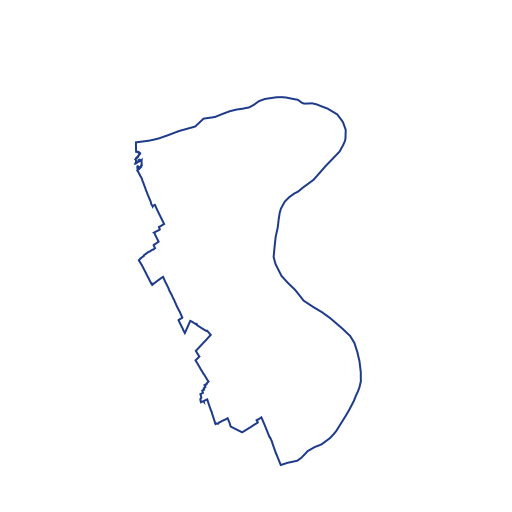 outline of Burila Mare, Mehedinti, Romania, rotated 123°
{"feature_id": "2599482B63119685447246", "entity_name": "Burila Mare", "entity_type": "district", "adm_level": 2, "iso_a3": "ROU", "parent_name": "Romania", "parent_adm1": "Mehedinti", "projection": "robinson", "projection_center": [22.586, 44.474], "detail": "fine", "context": "isolated", "style": "outline", "palette": "blue", "viewbox_px": 512, "rotation_deg": 123, "n_neighbors": 0, "source": "geoboundaries", "source_scale": "gbopen_adm2", "svg_char_len": 5891}
<svg xmlns="http://www.w3.org/2000/svg" viewBox="0 0 512 512"><g transform="rotate(123 256 256)"><path d="M321.0,351.6L321.3,351.4L321.5,351.4L322.4,351.8L322.6,351.8L323.3,352.0L323.5,351.7L324.0,350.7L325.0,348.5L325.6,347.4L325.6,347.2L329.2,340.9L330.1,339.3L332.3,335.6L332.5,335.1L333.8,332.9L334.7,331.4L335.0,330.9L336.2,328.7L335.8,328.5L336.8,327.2L336.6,327.1L335.9,327.1L335.1,326.8L330.0,325.0L324.1,322.6L324.6,321.7L325.1,321.0L327.4,317.6L328.0,316.4L328.4,315.6L329.5,313.9L330.2,312.6L331.4,310.9L332.4,309.5L332.7,309.0L333.0,308.3L334.0,306.6L334.7,305.2L335.4,304.2L336.0,303.4L337.0,301.6L337.2,301.3L337.6,300.5L338.3,299.5L338.5,299.3L339.0,298.6L339.2,298.2L339.3,297.9L340.8,295.8L341.0,295.4L341.2,295.0L341.7,294.4L342.0,293.7L342.2,293.3L342.5,292.8L342.8,292.4L343.8,290.7L344.2,289.8L344.5,289.1L345.0,288.6L347.8,284.2L348.0,284.2L348.6,284.5L351.8,286.1L352.0,286.0L352.1,285.8L354.0,282.8L354.9,281.2L355.2,280.7L355.9,279.7L356.1,279.1L356.7,278.1L357.4,277.2L357.9,276.4L358.3,275.6L358.4,275.4L359.3,273.9L359.4,273.7L346.2,275.8L346.1,275.2L346.0,274.1L345.9,269.2L345.4,269.1L345.4,268.6L345.9,268.6L345.9,268.4L346.0,268.3L346.1,267.6L346.1,264.2L346.1,263.2L346.1,260.7L346.0,258.5L345.9,257.4L345.9,256.9L345.6,256.7L345.4,256.6L345.3,256.3L345.9,254.1L346.8,251.0L349.2,251.4L354.1,252.2L356.0,252.6L359.6,253.2L368.3,254.8L369.7,252.0L371.2,248.7L376.4,249.9L379.2,244.3L380.2,242.3L381.3,240.2L381.9,238.8L383.0,236.8L383.5,235.6L383.5,235.2L386.0,230.2L387.2,227.4L388.1,227.6L389.6,228.0L390.1,227.8L392.3,228.8L392.4,228.3L392.1,228.0L392.7,228.1L393.0,227.6L393.4,227.5L393.7,227.1L394.4,227.5L395.1,227.6L395.4,227.8L396.3,226.7L398.1,227.8L398.9,226.8L399.7,226.0L402.2,227.4L402.8,226.5L404.7,224.6L406.3,224.8L407.0,224.0L407.5,223.8L408.0,223.2L408.6,222.5L407.4,221.8L407.0,221.3L406.8,221.1L406.6,220.8L406.7,220.4L406.2,220.9L405.5,220.5L402.8,218.8L403.6,217.9L407.9,212.5L408.7,211.4L409.9,209.8L410.5,209.1L410.7,208.4L411.4,207.8L412.1,207.0L415.2,203.1L416.8,201.2L418.1,199.6L418.6,199.1L419.0,198.3L418.4,198.0L417.7,197.7L417.7,197.2L417.3,196.4L417.1,196.3L416.4,196.3L416.0,196.4L415.5,196.1L414.8,195.6L412.8,194.6L410.2,192.9L407.5,191.4L408.1,190.6L410.4,187.2L410.7,186.9L412.8,184.4L412.8,183.8L412.6,182.4L412.2,178.4L412.0,176.4L411.7,174.3L411.5,171.9L411.4,171.6L409.8,170.8L404.5,168.3L402.5,167.3L401.3,166.8L398.7,165.7L394.9,163.8L394.7,163.8L394.5,164.0L393.9,165.0L393.6,165.9L393.5,166.0L393.4,166.1L392.4,165.6L392.3,165.3L391.2,164.8L388.4,163.6L390.0,161.2L393.3,156.3L397.1,150.9L400.4,146.2L400.7,145.7L400.5,145.4L400.8,144.9L403.4,140.9L403.7,140.8L407.1,136.4L410.8,131.6L410.7,131.5L411.0,131.1L417.8,121.4L413.5,117.9L411.8,116.5L409.4,114.0L405.2,109.9L400.6,108.1L393.5,106.7L391.8,106.5L389.5,105.4L383.9,102.5L380.4,99.9L378.1,98.4L373.0,96.5L368.5,94.8L365.1,94.2L362.1,93.7L359.3,93.4L358.3,93.4L347.2,93.6L341.3,93.7L334.6,94.0L324.3,95.0L318.9,96.1L314.5,96.7L310.2,97.6L304.0,99.8L296.3,104.9L287.8,112.0L281.3,118.8L275.4,126.0L271.8,133.5L269.8,144.3L267.7,159.9L267.2,170.2L267.6,180.0L267.5,191.8L264.9,199.3L263.0,205.2L261.2,214.6L258.8,223.8L252.1,235.3L247.2,240.7L236.9,246.1L229.1,250.0L220.0,253.4L213.4,256.7L207.0,259.6L202.7,260.9L194.7,261.5L188.6,260.2L182.9,258.0L178.9,255.7L173.3,254.0L160.7,249.2L142.6,246.6L123.0,242.8L115.8,243.3L111.8,243.9L109.2,244.7L101.4,249.4L96.5,255.8L95.3,258.7L93.0,264.9L93.4,276.2L94.8,282.5L95.8,287.7L97.4,292.1L101.2,297.4L102.1,299.0L102.5,300.9L102.2,306.0L103.5,309.0L106.8,317.3L108.8,321.0L111.9,325.5L119.5,334.1L124.6,337.9L130.5,340.2L135.0,342.6L139.9,347.6L143.8,352.1L148.8,356.8L155.7,361.9L161.5,365.9L164.0,368.6L166.8,371.9L169.4,374.8L180.5,377.5L193.2,388.7L201.7,394.9L210.4,401.6L213.6,404.6L217.6,408.6L226.1,418.6L232.4,414.4L233.9,413.2L233.1,412.1L233.4,411.7L233.1,411.3L233.0,410.9L232.9,411.1L232.7,411.0L232.7,410.8L233.0,410.6L233.0,410.4L233.3,410.1L232.9,409.7L233.0,409.4L232.9,409.1L233.4,408.8L233.7,408.9L234.1,409.6L234.9,409.2L235.5,409.0L235.8,409.2L236.2,409.1L236.3,409.3L237.3,408.9L237.6,409.0L238.0,409.6L238.9,409.3L239.3,409.9L239.6,409.8L240.0,409.8L240.3,409.8L240.2,409.6L240.4,409.5L240.7,409.3L240.8,409.2L241.1,408.8L243.2,407.3L243.4,407.4L243.4,407.7L243.8,407.7L244.0,407.5L244.3,407.5L244.1,407.2L241.8,406.4L241.0,406.0L240.6,406.0L240.5,406.3L240.1,406.4L240.0,406.6L239.5,406.7L238.7,406.3L238.6,406.0L238.8,405.9L238.8,405.7L238.9,405.4L239.4,405.5L239.8,405.1L239.4,404.8L238.9,404.4L238.4,404.4L237.8,404.2L238.0,404.1L238.4,403.9L239.0,403.6L240.3,402.5L241.4,401.8L242.0,401.3L242.5,401.7L242.9,401.5L243.1,401.2L243.5,400.8L243.9,400.9L243.7,401.3L244.5,401.7L244.9,401.4L245.1,401.1L246.5,401.3L246.6,401.5L245.8,402.7L245.1,403.2L245.0,403.7L245.1,404.2L245.4,404.3L245.8,404.1L246.5,403.7L247.3,403.0L247.8,402.2L247.8,401.9L248.6,402.0L248.9,402.1L249.0,402.1L249.0,401.8L249.8,400.2L250.8,398.6L250.9,398.2L251.2,397.7L251.4,397.4L251.6,397.2L252.4,395.4L252.6,395.0L253.4,393.9L253.4,393.7L254.7,392.3L255.8,390.6L256.6,389.6L256.9,389.1L257.5,388.4L258.7,386.7L260.1,384.9L260.7,384.3L261.7,382.6L263.7,380.0L264.0,379.4L264.5,378.7L266.2,376.3L266.5,375.8L267.7,374.0L268.9,372.8L269.6,371.9L270.0,371.2L270.2,370.8L270.3,370.5L270.4,370.2L270.4,369.8L270.6,369.6L270.1,369.6L269.8,369.5L268.7,369.0L268.5,368.9L268.2,368.6L271.3,363.8L279.2,350.5L282.8,352.2L284.5,353.2L284.9,352.9L285.8,351.4L286.0,351.2L286.4,351.1L289.4,352.8L290.3,353.4L292.0,354.3L292.0,354.0L292.0,353.7L292.3,353.3L292.5,353.1L292.9,352.4L294.1,350.6L294.7,349.4L296.2,346.9L297.0,345.5L298.9,346.2L300.2,346.8L301.3,347.3L302.5,347.8L302.9,347.6L304.4,344.9L306.6,345.6L306.8,346.0L307.1,346.3L310.2,347.6L310.4,347.8L310.6,348.0L310.9,348.3L311.9,348.7L312.3,348.8L316.1,350.3L316.6,350.4L317.0,350.1L317.3,350.2L321.0,351.6Z" fill="none" stroke="#1e3a8a" stroke-width="2"/></g></svg>